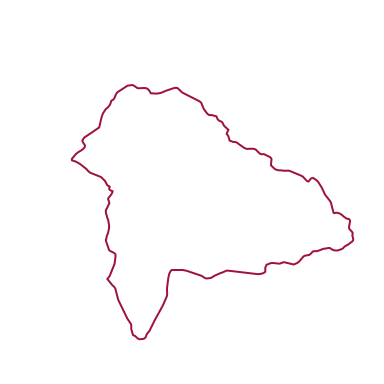 map outline of Baghlan (Mercator projection), rotated 240°
{"feature_id": "AFG-1766", "entity_name": "Baghlan", "entity_type": "Province", "adm_level": 1, "iso_a3": "AFG", "parent_name": "Afghanistan", "parent_adm1": "", "projection": "mercator", "projection_center": [68.855, 35.789], "detail": "fine", "context": "isolated", "style": "outline", "palette": "rose", "viewbox_px": 384, "rotation_deg": 240, "n_neighbors": 0, "source": "natural_earth", "source_scale": "10m", "svg_char_len": 3812}
<svg xmlns="http://www.w3.org/2000/svg" viewBox="0 0 384 384"><g transform="rotate(240 192 192)"><path d="M316.3,189.3L314.7,193.4L314.2,194.1L313.3,194.8L309.4,196.6L308.4,197.8L306.0,202.6L304.9,204.1L303.7,205.0L301.8,205.6L300.0,205.7L298.1,205.7L294.8,210.7L293.6,213.9L293.1,216.3L292.8,219.6L291.2,227.6L290.6,229.6L289.3,231.4L283.0,233.3L267.0,243.7L264.8,244.6L258.0,243.7L252.2,244.4L250.8,244.9L249.9,245.5L248.8,247.5L245.4,250.9L241.8,250.6L240.0,251.3L238.4,252.5L237.4,253.0L233.2,252.9L227.6,254.6L225.6,251.6L224.8,251.0L223.9,251.3L222.3,251.4L217.7,250.3L214.7,252.8L213.5,254.6L212.4,255.5L211.6,256.0L210.7,256.2L204.3,259.2L202.9,260.1L201.9,261.1L199.7,265.2L198.5,267.0L197.7,267.8L196.9,268.4L191.5,269.9L190.4,270.6L189.8,271.3L188.9,273.2L183.2,277.0L182.2,277.3L180.9,277.4L175.6,273.7L170.7,275.1L169.9,275.6L168.8,276.5L167.6,277.7L166.3,279.8L164.2,282.6L162.3,286.2L161.3,287.3L161.1,287.4L151.7,294.6L149.9,295.7L144.1,297.0L143.3,297.5L142.9,298.1L143.0,298.6L143.2,299.3L143.9,300.8L144.1,301.6L144.2,302.1L143.7,303.8L140.2,305.7L137.6,306.3L131.1,306.6L123.3,305.9L114.8,307.1L113.0,306.9L103.7,304.3L102.8,304.4L102.4,304.8L102.3,305.4L102.1,306.2L101.7,306.9L100.9,307.9L99.5,309.1L97.6,310.2L94.1,311.4L91.4,312.8L90.4,314.2L89.6,314.5L89.1,314.6L88.4,314.6L87.8,314.4L83.4,310.6L82.5,310.1L81.6,309.9L80.7,309.9L77.8,310.6L76.9,310.7L76.1,310.6L75.6,310.3L75.1,309.9L74.7,309.5L74.3,309.2L70.4,308.0L69.8,307.5L69.3,306.8L69.0,305.6L68.4,300.4L68.5,299.5L68.5,298.5L68.5,297.6L68.4,296.7L68.2,295.9L67.9,295.1L67.7,294.2L67.7,293.3L68.3,289.9L68.6,288.9L69.3,287.5L69.9,286.6L70.8,285.6L71.5,285.0L74.8,283.2L75.6,281.4L76.0,280.0L76.9,278.0L77.2,276.8L77.9,272.3L78.4,270.6L78.9,269.4L79.4,268.7L79.9,267.8L80.0,266.7L79.0,263.5L78.9,262.2L79.4,260.5L80.3,258.3L80.5,257.1L80.3,255.9L78.4,250.6L77.9,247.9L78.3,243.9L85.1,236.7L85.6,235.7L85.7,234.2L85.9,232.9L86.5,231.4L89.3,227.7L91.0,224.8L91.7,220.1L90.2,218.1L89.6,217.5L86.3,215.6L86.1,214.2L86.1,213.4L86.2,212.4L86.9,210.2L87.8,208.1L106.1,183.6L106.6,182.5L107.2,177.4L107.6,175.6L108.2,169.6L108.2,168.6L108.1,166.5L108.2,165.5L108.5,164.5L109.3,162.4L109.9,161.3L110.8,160.3L114.6,158.4L126.4,148.0L129.0,145.1L134.6,135.5L134.3,134.2L133.4,132.6L132.6,131.5L129.5,128.6L121.0,122.1L115.7,119.3L114.2,118.0L108.3,110.0L99.5,95.5L93.3,86.2L92.7,85.0L91.8,82.5L91.3,81.5L89.4,79.2L89.1,78.3L89.0,77.3L89.3,75.9L90.3,73.8L90.8,72.9L91.6,72.2L92.7,71.6L95.6,70.8L97.5,69.4L103.6,70.8L106.8,72.7L108.0,73.1L114.7,72.7L135.5,74.2L146.3,77.2L147.7,77.3L149.0,77.1L151.1,76.4L158.9,75.2L160.5,78.8L168.5,89.0L174.1,93.3L175.5,94.2L176.6,94.5L177.5,94.3L178.4,93.9L181.9,91.6L182.6,91.3L183.3,91.2L186.4,91.8L192.5,93.0L194.0,93.7L194.2,94.1L194.3,94.4L194.5,94.6L196.0,95.7L196.8,96.6L198.4,98.7L202.0,102.0L204.5,103.5L209.6,105.4L211.9,105.7L216.8,107.0L218.4,107.7L219.4,108.4L220.0,109.3L220.4,110.2L222.2,112.7L223.7,114.9L225.9,115.5L227.5,115.7L228.3,116.2L228.7,116.9L229.5,119.1L230.1,120.6L231.3,122.6L231.9,123.3L232.4,123.6L232.8,123.4L233.8,122.5L234.4,122.1L235.1,121.8L236.1,121.8L236.7,122.2L237.3,123.0L237.6,123.3L237.9,123.4L238.3,123.1L238.8,122.7L239.7,122.3L240.8,122.0L245.2,122.2L250.6,120.6L258.9,114.0L260.6,113.0L262.7,112.4L264.6,112.1L272.3,109.0L276.4,106.6L279.4,103.9L280.7,104.4L282.8,110.1L283.2,112.0L283.4,113.6L283.4,116.8L283.7,119.1L284.1,120.6L284.6,121.6L285.1,122.1L285.7,122.5L286.1,122.6L286.6,122.6L289.8,122.4L291.5,122.8L293.0,125.9L294.3,143.9L301.9,151.0L304.6,154.2L306.8,158.5L307.0,159.2L307.1,159.7L307.1,160.5L307.2,161.0L307.4,161.8L308.7,164.7L309.5,165.8L310.4,166.7L310.9,167.2L311.2,167.7L311.4,168.2L311.4,168.5L311.3,169.6L311.6,170.7L312.3,172.0L314.2,174.4L315.1,175.9L315.7,177.2L316.3,189.3Z" fill="none" stroke="#9f1239" stroke-width="2"/></g></svg>